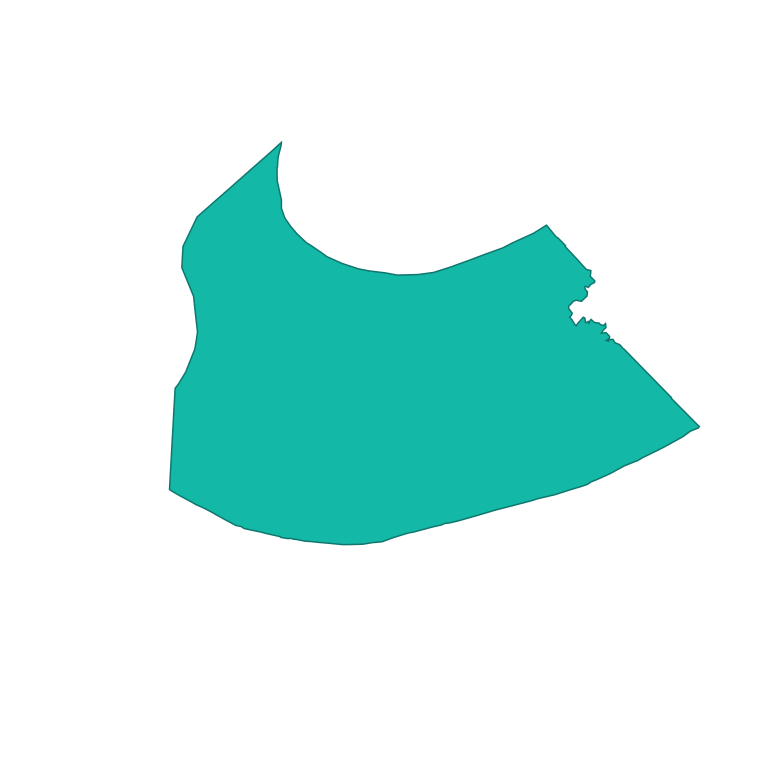 the district of Lower Saloum, Central River, Gambia, rotated 226°
{"feature_id": "56634734B70409077095290", "entity_name": "Lower Saloum", "entity_type": "district", "adm_level": 2, "iso_a3": "GMB", "parent_name": "Gambia", "parent_adm1": "Central River", "projection": "orthographic", "projection_center": [-15.38, 13.709], "detail": "fine", "context": "isolated", "style": "filled", "palette": "teal", "viewbox_px": 768, "rotation_deg": 226, "n_neighbors": 0, "source": "geoboundaries", "source_scale": "gbopen_adm2", "svg_char_len": 2535}
<svg xmlns="http://www.w3.org/2000/svg" viewBox="0 0 768 768"><g transform="rotate(226 384 384)"><path d="M629.1,478.0L629.5,463.6L630.7,438.4L631.9,410.8L633.1,386.2L633.2,382.4L633.5,377.0L634.0,365.7L622.6,335.0L616.6,328.5L608.4,319.7L608.1,319.4L579.3,307.9L569.6,300.3L563.0,295.2L551.1,286.1L546.4,280.1L543.8,276.6L540.6,272.3L536.7,263.7L530.4,249.8L527.9,240.4L526.8,236.1L526.0,230.8L523.9,228.5L474.8,175.5L457.1,156.4L455.4,156.7L454.2,157.0L445.1,159.6L433.0,163.5L427.7,165.0L420.2,168.1L411.3,171.1L406.9,172.3L401.3,174.1L398.1,175.0L385.1,179.2L381.0,182.1L377.2,183.0L371.3,186.9L363.0,192.6L358.6,195.2L346.6,203.1L345.5,203.1L340.5,206.7L337.0,210.2L335.2,211.1L333.2,212.9L325.8,218.0L322.0,221.5L314.9,227.5L312.7,229.4L311.1,230.8L297.1,242.8L294.2,245.8L283.6,257.3L278.0,265.4L271.8,273.1L267.4,283.2L262.2,293.6L259.7,298.3L257.1,302.2L250.7,313.7L249.3,316.3L247.0,320.4L242.6,327.6L241.7,330.5L238.7,334.4L234.6,341.2L224.9,359.3L214.2,379.9L213.6,380.6L197.1,409.9L194.9,414.6L185.5,430.3L179.7,442.2L172.9,455.5L170.5,460.6L169.7,465.0L167.6,470.1L162.6,484.0L158.1,500.2L154.0,510.3L153.7,511.0L152.8,512.9L151.3,519.2L149.9,523.3L144.0,542.0L138.4,562.8L137.3,571.4L134.0,579.7L134.3,581.2L134.8,581.2L173.4,580.7L174.6,581.3L221.3,581.0L242.7,580.9L243.5,580.6L248.5,580.9L250.6,580.0L253.3,578.8L257.1,579.7L259.7,576.4L258.9,575.2L260.9,574.0L260.3,577.9L261.5,579.4L266.8,579.4L269.5,575.5L270.4,578.8L270.4,582.9L273.6,585.3L273.6,582.3L277.1,580.8L278.3,581.1L281.9,578.2L283.5,578.0L286.6,577.8L286.6,576.7L285.4,573.7L287.2,574.3L287.7,571.9L288.6,571.9L291.9,574.3L293.6,573.7L293.0,565.7L292.4,562.7L294.8,562.7L299.8,563.9L303.1,563.9L303.1,566.3L304.2,568.6L309.8,569.2L311.6,570.7L311.9,578.1L310.7,580.5L306.3,583.5L306.3,585.8L306.3,591.2L309.0,594.4L311.6,594.4L314.3,595.6L314.3,596.8L311.7,598.0L311.7,599.8L312.0,601.8L310.8,606.0L311.7,607.2L318.2,607.2L320.8,610.4L322.0,611.6L325.5,609.2L329.9,609.2L330.1,609.2L337.0,609.5L356.8,609.8L357.4,610.7L368.3,610.6L370.3,610.0L384.6,611.2L385.4,611.2L388.6,596.1L396.2,574.7L399.4,564.0L407.1,546.8L414.4,529.9L420.0,517.4L421.5,513.9L429.8,497.1L430.0,496.9L439.0,484.6L453.1,469.2L462.8,462.3L476.0,451.6L484.9,445.4L500.2,437.4L503.7,436.0L514.5,431.7L515.2,431.4L522.0,430.2L524.9,429.6L533.8,427.8L535.2,427.5L539.7,426.3L552.3,425.7L562.1,426.3L572.4,428.0L581.5,432.2L587.7,438.1L604.6,448.5L614.1,457.5L614.1,458.1L620.1,464.6L623.0,469.0L626.8,475.3L629.1,478.0Z" fill="#14b8a6" stroke="#0f766e" stroke-width="1.5"/></g></svg>